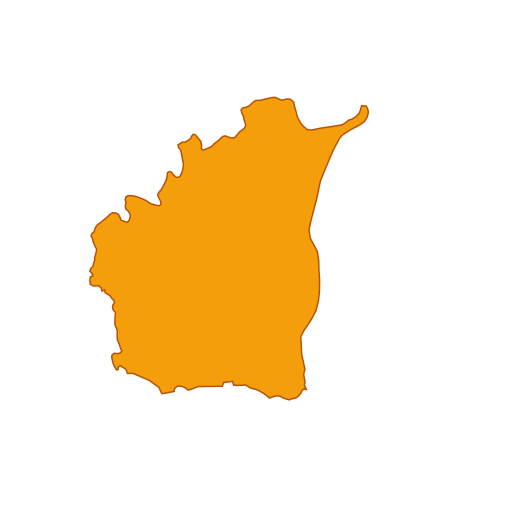 Barra do Quaraí, Rio Grande do Sul, Brazil (Mercator projection), rotated 141°
{"feature_id": "56859067B54951640947234", "entity_name": "Barra do Quaraí", "entity_type": "district", "adm_level": 2, "iso_a3": "BRA", "parent_name": "Brazil", "parent_adm1": "Rio Grande do Sul", "projection": "mercator", "projection_center": [-57.339, -30.127], "detail": "fine", "context": "isolated", "style": "filled", "palette": "amber", "viewbox_px": 512, "rotation_deg": 141, "n_neighbors": 0, "source": "geoboundaries", "source_scale": "gbopen_adm2", "svg_char_len": 3696}
<svg xmlns="http://www.w3.org/2000/svg" viewBox="0 0 512 512"><g transform="rotate(141 256 256)"><path d="M429.8,245.7L425.4,242.1L417.1,226.2L414.1,214.8L415.5,210.2L415.6,208.0L404.8,202.2L403.0,204.1L398.6,204.4L395.1,200.5L393.7,197.2L393.2,194.6L390.9,193.4L387.6,192.4L383.4,191.1L376.6,185.8L364.1,175.9L360.9,178.0L357.9,176.4L354.9,174.3L353.1,173.3L354.7,169.6L352.1,167.4L350.2,165.9L348.5,164.6L345.4,162.4L344.2,159.4L343.0,156.2L340.7,153.3L338.9,150.5L337.2,146.1L336.0,142.9L335.3,139.5L335.0,137.2L332.7,136.3L330.7,135.7L327.4,134.0L325.5,131.8L323.8,127.8L322.0,125.2L320.6,123.2L318.1,122.5L315.7,121.3L313.5,120.5L310.7,120.5L307.3,121.1L304.8,122.6L302.6,122.4L300.8,120.5L300.3,123.1L299.4,125.5L297.3,127.0L295.7,129.8L294.0,133.2L292.2,135.1L289.4,136.9L282.3,151.0L280.9,152.9L277.5,157.4L272.3,164.9L269.2,166.3L266.1,167.8L260.6,169.4L252.2,172.1L243.5,176.0L235.9,181.7L229.0,188.5L221.7,197.3L216.7,204.4L209.6,213.8L205.5,220.9L204.2,227.6L202.6,235.8L201.5,237.7L199.8,240.5L198.3,243.0L191.2,248.8L184.4,253.8L172.6,262.5L159.9,272.8L158.0,274.3L155.9,275.4L144.0,281.9L129.1,289.8L116.6,295.0L112.6,295.6L108.5,295.2L106.2,295.0L102.5,294.5L97.2,293.4L92.1,292.5L87.1,292.3L82.5,293.8L79.2,296.1L77.8,297.6L76.5,300.7L75.9,303.0L79.3,306.4L82.4,304.1L84.5,302.8L87.5,301.7L91.2,301.4L95.2,302.0L99.0,303.4L101.3,303.2L106.4,303.7L112.8,307.3L119.0,310.9L126.3,315.2L133.2,318.7L135.2,320.5L136.7,322.1L137.5,326.5L137.7,330.7L136.4,337.9L134.2,342.6L132.4,346.8L131.3,349.5L129.9,351.6L130.2,354.4L130.9,356.6L133.6,358.9L136.4,360.0L138.1,361.2L139.5,363.6L141.3,367.2L143.6,369.0L147.0,370.6L150.5,372.4L153.9,373.9L156.2,375.4L158.2,377.0L160.8,377.4L163.5,377.2L166.4,376.9L168.8,377.4L170.9,378.2L172.5,379.3L175.5,379.1L177.0,376.3L177.8,372.7L179.3,369.7L180.5,366.8L181.5,364.4L183.7,362.8L187.0,362.6L190.4,362.8L193.5,362.2L198.2,361.5L201.0,363.2L202.8,366.1L204.3,368.7L206.5,369.8L209.1,369.8L211.3,369.4L214.7,369.4L217.3,369.6L222.3,369.0L225.1,370.0L228.0,370.8L230.2,371.3L231.1,373.4L228.5,376.4L226.8,379.9L226.8,383.0L226.8,388.2L228.2,390.1L230.6,389.7L232.8,388.4L236.0,388.6L239.1,389.0L241.6,390.9L246.7,391.5L247.9,389.1L247.9,385.5L249.3,382.9L251.2,379.4L252.5,377.0L253.7,374.7L255.1,372.4L257.7,370.1L261.0,367.5L264.2,366.0L266.2,365.8L268.3,367.1L269.1,370.4L268.9,374.2L270.1,376.1L272.3,376.5L275.7,373.2L278.8,371.1L281.3,370.0L285.2,368.2L287.8,367.2L290.2,366.8L292.8,366.2L294.3,364.8L295.3,360.3L295.9,357.8L297.7,355.8L299.7,356.1L302.5,359.3L305.5,364.2L306.5,368.3L308.9,372.8L311.8,377.8L314.5,381.0L317.4,383.4L319.8,383.8L321.9,382.5L323.5,379.2L326.3,377.0L327.6,374.3L327.0,371.0L327.5,368.0L328.6,366.0L331.9,363.6L334.6,363.0L336.1,365.0L338.3,368.7L337.4,371.3L336.7,374.9L337.9,377.7L340.3,379.9L343.0,380.2L348.0,379.9L354.0,379.8L359.9,380.0L362.8,379.2L364.8,378.0L366.7,376.7L369.8,376.7L371.6,375.3L372.0,372.6L373.5,369.9L375.0,364.4L375.6,361.6L377.4,359.9L380.0,357.9L382.5,356.3L383.7,354.4L386.5,352.7L389.3,350.6L392.7,350.1L394.8,348.6L394.3,346.3L395.3,343.3L398.0,344.0L400.6,341.4L402.6,338.3L401.3,335.0L399.1,333.5L397.3,332.2L396.3,329.1L397.7,325.6L395.0,324.9L396.4,322.3L395.3,319.4L394.4,317.2L394.8,313.8L394.4,310.4L395.6,308.6L397.9,308.0L399.7,306.6L400.9,304.1L400.8,300.4L403.1,298.2L406.9,293.9L409.1,291.0L409.8,287.9L411.1,284.8L413.2,282.6L414.6,280.7L416.2,278.5L417.4,275.1L418.3,272.1L419.5,269.2L419.9,266.8L422.3,266.1L424.9,267.1L427.2,269.5L429.9,269.8L431.7,268.4L432.8,266.2L433.8,264.3L435.1,260.9L435.7,258.2L436.1,255.2L434.4,254.5L433.1,256.5L430.2,255.9L429.7,253.4L428.7,251.0L428.6,248.6L429.8,245.7Z" fill="#f59e0b" stroke="#b45309" stroke-width="1.5"/></g></svg>